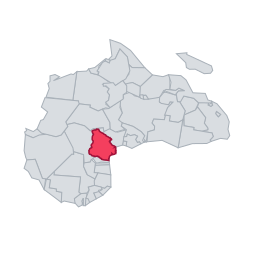 location of Nigeria within Africa, rotated 278°
{"feature_id": "NGA", "entity_name": "Nigeria", "entity_type": "country or territory", "adm_level": 0, "iso_a3": "NGA", "parent_name": "Africa", "parent_adm1": "", "projection": "robinson", "projection_center": [7.751, 9.075], "detail": "fine", "context": "in_parent", "style": "filled", "palette": "rose", "viewbox_px": 256, "rotation_deg": 278, "n_neighbors": 49, "source": "natural_earth", "source_scale": "50m", "svg_char_len": 13265}
<svg xmlns="http://www.w3.org/2000/svg" viewBox="0 0 256 256"><g transform="rotate(278 128 128)"><path d="M170.8,134.3L184.0,144.8L183.7,155.5L186.4,160.7L184.4,162.3L172.1,164.1L170.2,158.2L162.8,155.1L160.0,150.0L159.4,144.3L162.9,141.1L162.1,134.8L170.8,134.3Z" fill="#d9dde1" stroke="#a8b0b8" stroke-width="1"/><path d="M66.0,54.3L65.9,58.5L57.9,58.4L57.7,65.6L55.4,65.9L55.1,71.4L45.0,72.3L55.4,53.5L66.0,54.3Z" fill="#d9dde1" stroke="#a8b0b8" stroke-width="1"/><path d="M159.4,144.3L162.8,155.1L157.8,155.7L156.7,164.9L159.8,166.0L159.9,169.0L153.7,164.4L141.3,162.9L140.4,152.2L136.3,151.2L133.6,154.1L129.8,154.4L127.0,148.2L116.7,147.9L120.2,144.3L122.6,145.6L126.2,141.6L130.3,132.8L132.5,119.7L134.8,117.4L142.1,120.2L150.2,116.8L154.5,116.8L157.1,119.5L160.3,118.6L164.0,125.4L160.8,129.9L159.4,144.3Z" fill="#d9dde1" stroke="#a8b0b8" stroke-width="1"/><path d="M190.0,136.3L188.4,123.7L191.2,119.6L198.3,117.5L205.1,109.0L194.8,105.7L192.0,101.8L193.3,99.2L197.1,102.1L213.0,97.7L210.8,108.8L205.2,119.7L190.0,136.3Z" fill="#d9dde1" stroke="#a8b0b8" stroke-width="1"/><path d="M184.0,144.8L170.8,134.3L173.6,126.2L171.0,119.6L174.2,116.1L181.3,121.4L190.6,120.5L188.4,123.7L190.0,136.3L184.0,144.8Z" fill="#d9dde1" stroke="#a8b0b8" stroke-width="1"/><path d="M147.4,108.4L145.5,107.1L144.6,106.3L144.9,103.1L140.7,96.1L143.3,87.3L145.4,87.5L145.1,75.1L147.9,75.1L147.7,69.5L176.7,69.5L178.6,79.1L181.0,80.8L177.2,83.7L176.1,93.3L171.4,101.6L170.8,107.1L167.5,97.0L164.2,103.9L160.8,102.5L158.3,105.1L152.8,104.9L148.6,102.6L145.7,107.3L147.4,108.4Z" fill="#d9dde1" stroke="#a8b0b8" stroke-width="1"/><path d="M145.1,76.3L145.4,87.5L143.3,87.3L140.7,96.1L143.1,100.1L131.0,109.3L124.4,110.6L121.0,104.6L124.8,103.4L122.6,94.0L119.9,91.0L124.1,84.7L125.6,74.1L122.9,67.1L125.4,65.5L145.1,76.3Z" fill="#d9dde1" stroke="#a8b0b8" stroke-width="1"/><path d="M126.3,212.2L127.5,210.9L131.4,213.6L134.8,211.9L135.1,201.5L137.4,207.3L139.1,207.0L143.4,202.9L149.0,203.5L158.5,193.9L162.8,194.4L164.4,200.4L163.9,204.5L162.0,204.2L161.0,207.1L162.4,208.6L166.2,207.1L164.4,212.7L154.1,224.1L148.2,227.4L140.6,227.2L134.6,229.8L130.7,227.9L130.6,221.0L126.3,212.2ZM156.6,213.3L154.4,213.0L151.7,215.9L154.3,217.8L156.6,213.3Z" fill="#d9dde1" stroke="#a8b0b8" stroke-width="1"/><path d="M156.6,213.3L154.3,217.8L151.7,215.9L154.4,213.0L156.6,213.3Z" fill="#d9dde1" stroke="#a8b0b8" stroke-width="1"/><path d="M162.8,194.4L155.1,192.2L148.7,181.7L153.0,182.2L161.2,175.4L167.4,178.8L166.6,188.9L162.8,194.4Z" fill="#d9dde1" stroke="#a8b0b8" stroke-width="1"/><path d="M158.5,193.9L149.0,203.5L143.4,202.9L139.1,207.0L137.4,207.3L135.1,201.5L135.3,193.3L137.7,193.2L138.0,183.1L148.7,181.7L155.1,192.2L158.5,193.9Z" fill="#d9dde1" stroke="#a8b0b8" stroke-width="1"/><path d="M135.3,193.3L134.8,211.9L131.4,213.6L127.5,210.9L126.3,212.2L123.6,208.1L121.5,194.0L115.4,180.4L148.2,181.2L138.0,183.1L137.7,193.2L135.3,193.3Z" fill="#d9dde1" stroke="#a8b0b8" stroke-width="1"/><path d="M45.2,93.2L43.0,90.0L46.9,85.2L50.7,84.7L56.4,90.3L58.0,96.5L45.2,96.6L44.8,94.5L52.3,93.5L45.2,93.2Z" fill="#d9dde1" stroke="#a8b0b8" stroke-width="1"/><path d="M58.0,96.5L56.4,90.3L57.7,88.2L72.9,87.8L71.2,61.2L74.9,61.1L94.4,76.0L94.4,77.8L97.1,77.5L95.5,87.7L83.9,89.3L76.6,93.6L73.0,102.3L66.5,102.8L63.9,96.9L61.3,98.2L58.0,96.5Z" fill="#d9dde1" stroke="#a8b0b8" stroke-width="1"/><path d="M45.0,72.3L55.1,71.4L55.4,65.9L57.7,65.6L57.9,58.4L65.9,58.5L66.0,54.3L74.9,61.1L71.2,61.2L72.9,87.8L57.7,88.2L56.4,90.3L50.7,84.7L46.0,86.1L46.8,74.9L45.0,72.3Z" fill="#d9dde1" stroke="#a8b0b8" stroke-width="1"/><path d="M93.1,113.9L91.0,114.3L90.5,105.8L88.3,102.0L93.5,97.1L95.8,101.3L93.2,107.6L93.1,113.9Z" fill="#d9dde1" stroke="#a8b0b8" stroke-width="1"/><path d="M122.9,67.1L125.6,74.1L124.1,84.7L119.9,91.0L122.6,94.0L121.6,96.4L118.8,93.2L108.8,95.4L99.9,92.5L96.6,93.4L95.4,98.7L89.0,95.3L87.4,89.5L95.5,87.7L97.1,77.5L116.0,65.3L121.2,68.1L122.9,67.1Z" fill="#d9dde1" stroke="#a8b0b8" stroke-width="1"/><path d="M122.3,95.3L124.8,103.4L121.0,104.6L124.7,109.9L122.4,118.2L126.0,126.7L110.4,125.1L107.5,118.9L108.1,116.1L111.5,111.7L115.6,111.9L122.3,95.3Z" fill="#d9dde1" stroke="#a8b0b8" stroke-width="1"/><path d="M88.7,100.6L91.0,114.3L89.0,114.9L86.3,101.4L88.7,100.6Z" fill="#d9dde1" stroke="#a8b0b8" stroke-width="1"/><path d="M86.5,100.5L89.0,114.9L79.2,117.5L79.1,100.7L86.5,100.5Z" fill="#d9dde1" stroke="#a8b0b8" stroke-width="1"/><path d="M66.5,102.8L71.0,101.9L79.4,104.4L79.2,117.5L67.1,119.3L67.5,115.5L65.0,113.3L66.5,102.8Z" fill="#d9dde1" stroke="#a8b0b8" stroke-width="1"/><path d="M52.6,96.1L61.3,98.2L63.9,96.9L66.5,102.8L65.8,109.9L63.5,111.0L62.2,107.5L60.3,108.0L58.8,103.2L53.5,106.5L48.9,100.4L52.6,96.1Z" fill="#d9dde1" stroke="#a8b0b8" stroke-width="1"/><path d="M45.2,96.6L52.6,96.1L52.4,98.3L48.9,100.4L45.2,96.6Z" fill="#d9dde1" stroke="#a8b0b8" stroke-width="1"/><path d="M65.4,109.9L65.0,113.3L67.5,115.5L67.1,119.3L57.9,112.4L61.0,107.9L63.5,111.0L65.4,109.9Z" fill="#d9dde1" stroke="#a8b0b8" stroke-width="1"/><path d="M53.5,106.5L58.8,103.2L61.0,107.9L57.9,112.4L53.5,106.5Z" fill="#d9dde1" stroke="#a8b0b8" stroke-width="1"/><path d="M73.0,102.3L75.9,94.3L83.9,89.3L87.4,89.5L89.0,95.3L91.8,96.0L88.7,100.6L79.1,100.7L79.4,104.4L73.0,102.3Z" fill="#d9dde1" stroke="#a8b0b8" stroke-width="1"/><path d="M154.5,116.8L147.1,117.2L142.1,120.2L134.8,117.4L132.3,121.7L129.0,121.1L126.2,125.2L122.3,116.2L124.4,110.6L131.0,109.3L143.1,100.1L144.6,106.3L154.5,116.8Z" fill="#d9dde1" stroke="#a8b0b8" stroke-width="1"/><path d="M132.3,121.7L130.3,132.8L126.2,141.6L122.6,145.6L117.8,144.1L116.0,145.8L114.0,142.8L115.9,141.3L114.9,139.4L117.7,137.1L121.2,138.6L122.3,135.4L120.8,131.5L121.9,128.2L119.4,127.9L118.9,125.2L126.0,126.7L129.0,121.1L132.3,121.7Z" fill="#d9dde1" stroke="#a8b0b8" stroke-width="1"/><path d="M114.4,125.2L118.6,125.0L119.4,127.9L121.9,128.2L120.8,131.5L122.3,135.4L121.2,138.6L117.7,137.1L114.9,139.4L115.9,141.3L114.0,142.8L108.3,134.7L110.0,128.7L114.4,128.6L114.4,125.2Z" fill="#d9dde1" stroke="#a8b0b8" stroke-width="1"/><path d="M110.4,125.1L114.4,125.2L114.4,128.6L110.0,128.7L110.4,125.1Z" fill="#d9dde1" stroke="#a8b0b8" stroke-width="1"/><path d="M162.8,155.1L168.9,158.9L167.3,170.3L168.6,171.0L161.0,173.4L161.2,175.4L153.0,182.2L143.7,181.1L140.5,177.0L140.7,168.0L145.9,168.0L145.7,162.4L153.7,164.4L159.9,169.0L159.8,166.0L156.7,164.9L157.0,157.5L158.4,155.3L162.8,155.1Z" fill="#d9dde1" stroke="#a8b0b8" stroke-width="1"/><path d="M167.7,157.6L171.5,160.3L171.9,169.9L174.6,172.8L172.8,179.0L171.6,172.8L167.3,170.3L169.5,161.3L167.7,157.6Z" fill="#d9dde1" stroke="#a8b0b8" stroke-width="1"/><path d="M172.1,164.1L179.3,164.2L186.4,160.7L187.2,173.1L183.7,178.8L171.9,187.4L173.0,199.7L166.9,203.2L166.2,207.1L164.4,207.0L162.8,194.4L166.6,188.9L167.4,178.8L161.3,176.4L161.0,173.4L168.6,171.0L171.6,172.8L172.8,179.0L174.6,172.8L171.9,169.9L172.1,164.1Z" fill="#d9dde1" stroke="#a8b0b8" stroke-width="1"/><path d="M164.4,207.0L162.4,208.6L161.0,207.1L162.0,204.2L164.4,207.0Z" fill="#d9dde1" stroke="#a8b0b8" stroke-width="1"/><path d="M116.0,145.8L117.8,145.7L116.7,147.9L116.0,145.8ZM117.0,148.8L127.0,148.2L129.8,154.4L133.6,154.1L136.3,151.2L140.4,152.2L141.3,162.9L146.0,163.3L145.9,168.0L140.7,168.0L140.5,177.0L143.7,181.1L115.4,180.4L120.5,163.5L117.0,148.8Z" fill="#d9dde1" stroke="#a8b0b8" stroke-width="1"/><path d="M162.2,138.4L162.9,141.1L159.4,144.3L158.6,139.6L162.2,138.4Z" fill="#d9dde1" stroke="#a8b0b8" stroke-width="1"/><path d="M208.3,165.6L210.7,175.9L209.0,175.9L201.1,202.0L196.8,203.9L193.7,202.1L192.4,195.9L195.6,186.4L194.7,180.7L196.0,177.4L200.7,176.1L208.3,165.6Z" fill="#d9dde1" stroke="#a8b0b8" stroke-width="1"/><path d="M44.8,94.5L49.2,92.4L52.3,93.5L44.8,94.5Z" fill="#d9dde1" stroke="#a8b0b8" stroke-width="1"/><path d="M109.8,46.1L105.1,35.4L107.2,27.3L109.7,26.2L111.3,28.0L113.3,26.9L111.3,34.7L114.5,38.1L109.8,46.1Z" fill="#d9dde1" stroke="#a8b0b8" stroke-width="1"/><path d="M66.0,54.3L66.2,50.2L84.1,40.5L82.3,32.3L84.7,30.8L91.0,28.3L107.2,27.3L105.1,35.4L108.7,41.0L110.6,48.5L109.4,57.9L111.8,62.8L116.0,65.3L100.6,76.3L94.4,77.8L94.4,76.0L66.0,54.3Z" fill="#d9dde1" stroke="#a8b0b8" stroke-width="1"/><path d="M176.5,90.9L177.2,83.7L181.0,80.8L183.3,86.7L193.1,95.8L191.3,96.2L185.3,90.6L176.5,90.9Z" fill="#d9dde1" stroke="#a8b0b8" stroke-width="1"/><path d="M55.4,53.5L64.2,47.1L65.2,39.7L71.1,35.3L73.6,30.7L82.3,32.3L84.1,40.5L66.2,50.2L66.1,53.5L55.4,53.5Z" fill="#d9dde1" stroke="#a8b0b8" stroke-width="1"/><path d="M176.7,69.5L147.7,69.5L147.1,42.5L156.1,44.5L160.9,42.5L163.4,44.3L168.8,43.5L170.8,48.3L169.2,53.1L164.5,47.6L173.6,64.1L173.3,66.4L176.7,69.5Z" fill="#d9dde1" stroke="#a8b0b8" stroke-width="1"/><path d="M146.5,41.6L147.9,75.1L145.1,76.3L125.4,65.5L121.2,68.1L111.8,62.8L109.4,57.9L110.9,43.0L114.5,38.1L123.4,40.5L124.6,43.0L132.7,46.2L136.7,39.3L146.5,41.6Z" fill="#d9dde1" stroke="#a8b0b8" stroke-width="1"/><path d="M205.1,109.0L198.3,117.5L184.9,121.9L176.4,119.0L168.3,109.6L176.5,90.9L179.4,91.5L180.1,89.4L189.3,93.6L191.3,96.2L189.9,100.4L192.5,100.8L194.8,105.7L205.1,109.0Z" fill="#d9dde1" stroke="#a8b0b8" stroke-width="1"/><path d="M191.3,96.2L193.7,96.6L192.5,100.8L189.9,100.4L191.3,96.2Z" fill="#d9dde1" stroke="#a8b0b8" stroke-width="1"/><path d="M170.8,134.3L160.0,135.4L164.2,120.9L171.0,119.6L172.2,121.6L173.6,126.2L170.8,134.3Z" fill="#d9dde1" stroke="#a8b0b8" stroke-width="1"/><path d="M162.1,134.8L163.0,138.1L158.6,139.6L159.3,136.2L162.1,134.8Z" fill="#d9dde1" stroke="#a8b0b8" stroke-width="1"/><path d="M163.1,121.7L160.3,118.6L156.0,119.2L145.7,107.3L150.4,102.2L152.8,104.9L158.3,105.1L160.8,102.5L164.2,103.9L166.7,100.3L165.9,97.8L168.7,97.2L170.8,107.1L168.3,109.6L174.2,116.1L169.5,120.9L163.1,121.7Z" fill="#d9dde1" stroke="#a8b0b8" stroke-width="1"/><path d="M120.1,92.9L120.5,93.5L120.9,94.2L121.3,94.7L121.5,96.0L121.5,96.4L121.6,96.5L121.8,96.7L122.1,96.8L122.4,96.9L122.6,97.1L122.6,97.3L122.6,97.8L122.6,98.2L122.5,98.5L122.6,98.9L122.5,99.0L122.4,99.3L122.1,99.4L121.6,99.8L121.3,99.9L121.1,100.0L120.9,100.2L120.4,100.9L120.0,101.7L119.8,102.3L119.7,102.9L119.3,103.3L119.3,103.5L119.3,103.9L119.2,104.4L119.2,104.6L118.7,104.8L118.5,105.0L118.4,105.3L118.3,105.7L118.2,106.1L118.2,106.5L118.0,106.9L117.8,107.1L117.6,107.3L117.2,107.3L117.0,107.8L116.8,108.2L116.8,108.4L116.6,109.2L116.3,109.8L116.2,110.0L115.8,110.7L115.7,110.9L115.6,111.1L115.7,111.3L115.8,111.4L115.9,111.5L115.7,111.7L115.4,112.0L115.2,112.2L115.1,112.7L115.0,112.8L114.9,113.0L114.7,113.2L114.5,113.3L114.3,113.4L114.1,113.4L113.9,113.2L113.8,112.7L113.7,112.6L113.3,112.2L113.1,111.9L112.7,111.7L112.5,112.0L112.4,112.1L112.0,112.2L111.7,112.1L111.6,111.8L111.3,112.1L110.9,112.4L110.7,112.5L110.6,112.8L110.4,113.2L110.2,113.3L110.0,113.5L109.8,113.6L109.7,113.8L109.3,114.1L108.9,114.6L108.7,114.9L108.6,115.3L108.5,115.7L108.4,116.2L108.3,116.9L108.0,117.4L107.9,117.7L107.7,118.0L107.5,118.3L107.3,118.2L107.2,118.0L106.9,117.7L107.1,118.5L106.3,118.7L105.8,118.8L105.4,118.8L105.2,118.7L104.9,118.7L104.5,118.8L104.3,118.6L104.1,118.4L104.2,118.6L104.2,118.9L103.8,119.2L103.6,119.2L103.4,119.1L103.4,118.8L103.3,118.5L103.2,118.3L103.2,118.5L103.3,118.6L103.3,119.0L103.4,119.3L103.2,119.3L102.9,119.3L102.8,119.2L102.7,119.0L102.7,119.3L102.4,119.4L102.0,119.4L101.9,119.4L102.0,119.3L102.0,119.1L101.8,119.2L101.8,119.5L101.7,119.5L101.2,119.3L101.0,119.2L100.8,119.0L100.3,118.5L100.2,118.2L100.0,117.9L99.9,117.6L99.7,117.1L99.8,117.1L100.0,117.0L99.8,117.0L99.7,116.9L99.7,116.5L99.9,116.5L100.0,116.4L100.2,116.1L99.8,116.3L99.4,116.1L99.3,115.9L99.5,115.9L99.8,115.9L99.8,115.7L99.7,115.7L99.2,115.8L99.1,115.7L99.1,115.4L98.9,115.2L98.5,114.6L97.9,114.0L97.4,113.7L96.6,113.5L95.0,113.5L94.9,113.5L95.0,113.4L95.7,113.0L95.1,113.2L94.9,113.2L94.7,113.5L93.3,113.6L93.1,113.6L93.2,113.0L93.2,112.8L93.3,112.7L93.2,112.5L93.2,112.3L93.1,111.9L93.2,111.6L93.2,111.4L93.2,110.7L93.3,110.6L93.2,110.3L93.1,110.1L93.1,109.8L93.1,109.5L93.1,109.4L93.1,108.9L93.1,108.2L93.2,107.8L93.2,107.3L93.2,106.8L93.3,106.1L93.6,106.0L94.0,106.0L94.1,105.7L94.2,105.3L94.2,104.9L94.3,104.8L94.4,104.6L94.7,104.3L94.7,104.0L94.7,103.9L94.9,103.8L95.0,103.8L95.2,103.6L95.3,103.4L95.5,102.9L95.3,102.6L95.4,102.4L95.5,102.2L95.8,102.2L95.9,101.7L95.7,101.2L95.7,100.6L95.6,100.3L95.6,100.2L95.4,100.0L95.1,99.4L95.1,99.1L95.2,98.8L95.3,98.6L95.5,98.5L95.5,98.4L95.4,98.2L95.4,97.9L95.5,97.8L95.4,97.6L95.4,97.2L95.5,96.6L95.5,96.2L95.8,96.0L96.2,95.5L96.5,95.1L96.6,94.7L96.7,93.6L96.8,93.5L97.0,93.5L97.4,93.1L97.8,92.9L98.0,92.8L98.4,92.8L98.6,92.8L99.1,92.8L99.4,92.8L99.7,92.5L99.9,92.5L100.1,92.4L100.9,92.7L101.8,93.0L102.1,93.0L102.3,93.2L102.6,93.5L102.8,93.7L102.9,93.9L103.3,94.6L103.5,94.8L103.8,94.9L104.0,94.8L104.2,94.7L104.5,94.6L105.7,94.0L105.8,93.9L106.1,94.0L106.5,94.1L107.4,94.7L108.1,95.2L108.6,95.3L109.2,95.4L110.3,95.4L111.0,94.5L111.3,94.3L111.7,94.1L111.8,94.1L112.4,94.0L113.6,93.9L114.7,93.9L114.9,93.9L115.4,94.1L116.1,94.4L116.4,94.6L116.9,94.7L117.3,94.6L117.4,94.4L117.8,94.0L118.0,93.8L118.3,93.6L118.7,93.4L119.1,93.3L119.4,93.0L119.7,92.9L120.1,92.9ZM104.5,119.1L104.3,119.2L104.1,119.2L104.3,118.8L104.6,118.9L104.5,119.1Z" fill="#f43f5e" stroke="#9f1239" stroke-width="1.5"/></g></svg>